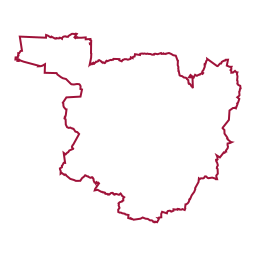 Zacatecas, Zacatecas, Mexico (Robinson projection)
{"feature_id": "50627088B9429495798872", "entity_name": "Zacatecas", "entity_type": "district", "adm_level": 2, "iso_a3": "MEX", "parent_name": "Mexico", "parent_adm1": "Zacatecas", "projection": "robinson", "projection_center": [-102.67, 22.729], "detail": "fine", "context": "isolated", "style": "outline", "palette": "rose", "viewbox_px": 256, "rotation_deg": 0, "n_neighbors": 0, "source": "geoboundaries", "source_scale": "gbopen_adm2", "svg_char_len": 5663}
<svg xmlns="http://www.w3.org/2000/svg" viewBox="0 0 256 256"><path d="M207.2,58.9L207.3,59.7L206.2,61.2L205.8,63.0L205.2,63.7L204.7,63.8L204.6,64.3L205.1,64.8L204.6,65.2L204.8,66.7L203.4,70.1L202.4,71.3L202.2,72.1L203.2,73.0L202.5,73.9L201.6,73.4L199.8,74.3L199.7,74.7L198.6,74.8L196.9,75.8L195.1,74.8L193.7,77.5L190.5,75.0L189.0,77.3L192.5,77.4L192.9,88.1L192.1,86.7L191.3,86.0L190.6,84.7L190.2,84.2L189.4,84.0L189.6,83.7L189.3,83.4L188.5,83.0L188.3,80.2L186.9,79.0L186.7,78.4L185.7,77.7L183.9,77.5L182.2,76.2L180.2,75.7L179.6,75.3L178.7,70.8L178.4,70.8L178.4,68.8L178.2,68.4L178.4,67.1L177.7,65.1L177.9,60.9L177.7,60.9L175.8,55.7L173.2,55.2L171.3,54.0L169.0,53.0L166.2,53.6L165.8,54.0L165.3,53.8L164.0,53.9L163.5,53.4L163.0,53.8L161.6,53.9L161.5,53.3L161.1,53.0L157.7,54.2L155.0,53.7L154.5,53.9L154.2,54.5L153.6,54.3L153.3,54.7L152.1,54.7L150.5,54.0L148.2,53.9L147.6,53.6L146.3,53.9L144.1,53.5L143.2,53.8L142.2,53.5L140.2,53.8L140.0,55.0L135.0,54.2L134.6,56.5L133.1,56.9L132.6,57.5L132.6,58.1L130.8,57.3L130.5,58.9L127.9,59.7L126.4,59.2L124.4,59.2L123.3,59.9L122.7,59.9L121.7,61.3L119.3,60.3L119.4,59.1L113.6,58.9L113.3,59.6L112.7,59.5L111.8,60.1L110.5,59.9L107.4,61.2L106.6,60.7L106.3,60.9L105.2,62.8L104.7,63.1L103.6,62.4L103.0,62.4L102.8,62.7L102.3,62.2L101.7,62.2L101.4,61.5L99.2,60.1L98.4,60.4L98.1,61.2L96.7,61.8L96.0,61.7L95.6,62.4L94.6,63.2L94.0,62.9L93.9,63.9L93.5,63.9L93.5,63.2L93.2,63.1L92.6,63.9L92.2,63.5L92.0,63.9L91.5,63.9L90.7,64.6L90.0,64.3L89.7,64.6L91.1,57.7L91.3,53.6L91.0,53.3L91.1,44.7L90.0,44.3L89.6,42.4L90.0,43.5L91.1,43.5L91.2,40.7L90.6,40.2L90.6,39.8L90.2,39.8L90.3,39.0L85.7,39.3L85.7,37.4L81.9,37.7L76.1,37.8L76.5,37.2L75.8,37.2L75.4,38.0L74.5,37.3L76.8,33.9L76.5,33.8L75.5,33.7L75.2,34.2L72.9,33.8L71.8,33.9L68.6,35.9L67.9,36.9L66.8,36.6L66.3,36.8L65.3,36.3L63.7,36.6L63.2,36.8L62.2,37.8L62.0,38.8L60.6,37.9L59.5,37.7L59.2,38.3L58.1,38.4L56.3,38.0L56.0,38.6L55.1,38.6L51.4,36.6L50.9,37.3L50.2,37.1L47.8,35.6L46.1,35.0L46.0,37.7L19.8,36.6L22.0,50.8L20.6,51.0L19.2,53.1L18.2,53.2L18.5,55.2L18.1,55.2L17.8,57.3L15.6,57.4L15.4,59.5L17.6,59.4L17.4,60.9L18.9,61.0L19.4,59.8L20.4,60.5L23.7,61.7L39.0,65.8L38.6,66.3L40.6,66.2L42.4,65.7L45.0,64.2L44.7,72.8L56.6,73.1L57.4,74.5L60.9,77.1L62.8,78.2L66.0,79.0L70.9,83.9L71.6,84.3L73.9,84.5L77.0,84.0L79.2,84.2L79.8,84.7L80.6,86.2L80.4,89.0L82.0,89.5L80.5,96.6L66.4,97.4L62.8,102.8L63.3,103.4L63.4,105.7L63.8,107.0L65.7,109.3L66.5,109.4L65.8,115.0L65.3,116.8L64.9,116.7L64.8,116.9L64.5,118.5L65.6,119.3L65.8,124.6L67.1,127.2L68.7,127.9L70.5,127.6L71.5,128.3L72.5,128.4L72.9,128.8L73.5,128.8L75.4,131.6L77.3,132.1L79.1,134.0L73.2,144.7L72.5,145.4L71.9,146.9L72.2,147.7L73.2,148.6L73.1,148.9L69.3,150.5L68.2,152.2L67.3,152.6L65.6,154.4L63.7,152.9L65.1,162.9L63.7,162.8L62.2,165.7L61.9,165.8L61.9,167.3L59.9,168.4L60.0,169.3L60.7,171.1L60.6,173.7L61.7,172.9L64.3,174.9L64.9,174.4L65.8,174.7L66.2,175.5L70.3,178.9L74.0,180.0L75.9,180.9L80.3,180.8L82.0,178.2L84.5,176.2L84.9,175.4L85.4,175.3L87.4,176.4L88.1,176.4L88.4,176.8L90.1,177.7L90.8,177.8L91.4,177.3L92.2,177.2L92.8,177.7L92.8,178.3L93.6,179.1L93.6,180.5L94.5,182.5L95.2,182.7L95.7,183.5L95.9,182.5L96.5,182.1L96.9,183.0L98.2,182.6L99.0,183.4L95.2,188.8L94.7,190.4L97.6,189.8L101.4,191.9L102.0,191.8L102.8,192.4L103.8,192.2L104.3,192.8L105.1,192.8L105.4,193.8L107.2,193.9L107.9,194.6L108.8,194.6L109.0,194.2L109.5,194.4L110.9,193.1L112.2,192.8L113.0,193.1L113.3,193.5L113.2,193.8L114.3,194.7L115.0,194.5L115.2,194.0L116.1,193.9L119.0,194.8L120.6,193.5L121.5,194.6L121.8,195.6L124.2,197.2L123.2,198.3L123.3,200.5L122.3,200.9L122.2,201.4L119.6,202.3L118.5,203.4L118.9,204.2L118.6,205.3L119.5,207.9L118.2,209.7L118.3,212.0L119.6,212.6L120.9,212.6L122.3,213.3L124.8,213.7L125.4,214.4L128.5,215.0L128.2,218.0L131.1,218.9L131.1,218.4L133.6,219.7L140.5,218.7L142.7,217.5L145.6,218.7L147.8,218.9L150.1,220.4L151.2,220.3L152.3,220.6L153.0,221.3L153.1,221.7L153.8,221.8L154.0,222.2L154.4,222.3L155.1,222.2L155.3,221.7L157.1,222.2L158.7,219.3L158.6,218.7L158.2,218.3L158.9,218.4L159.0,217.6L161.3,217.3L161.2,214.0L162.1,211.8L166.9,213.3L167.3,211.7L167.8,211.1L169.6,210.7L170.6,210.9L171.1,211.6L171.5,211.6L173.5,210.7L173.5,209.3L176.0,209.6L176.9,209.3L177.6,209.7L177.9,208.9L179.3,209.1L179.8,209.6L181.4,209.6L182.5,209.1L184.7,210.0L185.3,208.5L185.1,207.7L185.5,204.4L186.1,204.4L187.6,203.4L188.5,202.3L189.2,200.7L189.2,199.6L189.6,199.0L190.1,199.1L191.7,195.3L194.2,191.9L195.3,189.1L195.1,188.2L198.5,182.1L198.9,178.4L199.8,179.1L200.9,178.3L203.0,178.4L203.8,178.1L205.0,176.4L206.0,176.4L207.6,177.9L208.5,178.2L212.2,177.6L215.1,178.5L215.8,179.2L217.1,179.2L216.3,176.3L216.3,175.5L217.8,173.7L217.6,169.0L216.8,168.2L217.0,166.9L217.8,165.5L217.8,165.0L217.0,162.3L216.4,161.6L216.1,160.5L216.1,159.9L217.0,160.0L217.6,159.4L217.4,158.9L217.4,157.1L216.7,155.4L219.9,157.4L223.8,152.4L224.6,152.8L225.6,151.5L226.1,151.5L225.9,150.6L227.6,148.3L228.0,146.6L227.5,145.0L227.6,143.5L230.0,143.0L231.7,142.2L230.8,142.0L227.8,139.5L227.7,138.9L227.2,138.6L227.5,138.1L227.0,137.1L224.5,133.6L224.4,130.0L222.6,128.2L222.7,127.7L228.9,119.9L229.5,110.5L233.0,108.0L234.8,108.0L235.1,107.7L235.9,108.3L237.6,103.8L237.2,103.4L238.2,102.2L239.3,98.9L237.3,97.3L239.0,95.9L239.5,95.2L239.2,91.7L239.6,91.2L240.0,89.0L240.2,88.5L240.6,88.4L240.2,85.8L238.3,85.0L238.1,84.4L237.3,83.7L237.6,82.5L237.5,80.9L237.1,80.4L237.5,76.4L236.9,73.9L237.4,72.4L236.4,72.3L235.0,70.9L233.0,72.6L231.3,72.7L231.4,71.2L230.5,70.1L231.4,69.0L231.1,67.7L231.5,66.8L229.6,66.8L226.8,65.6L228.0,59.7L225.5,59.8L225.0,60.6L223.7,60.8L221.8,61.9L221.1,63.5L220.0,63.6L217.7,66.1L217.0,66.0L207.2,58.9Z" fill="none" stroke="#9f1239" stroke-width="2"/></svg>